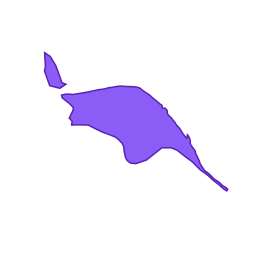 the district of Al Waqf, Qina, Egypt, rotated 51°
{"feature_id": "37247803B80470796626605", "entity_name": "Al Waqf", "entity_type": "district", "adm_level": 2, "iso_a3": "EGY", "parent_name": "Egypt", "parent_adm1": "Qina", "projection": "equal_earth", "projection_center": [32.474, 26.086], "detail": "fine", "context": "isolated", "style": "filled", "palette": "violet", "viewbox_px": 256, "rotation_deg": 51, "n_neighbors": 0, "source": "geoboundaries", "source_scale": "gbopen_adm2", "svg_char_len": 2083}
<svg xmlns="http://www.w3.org/2000/svg" viewBox="0 0 256 256"><g transform="rotate(51 128 128)"><path d="M238.3,89.0L238.0,89.0L237.9,89.1L236.9,89.2L236.1,89.4L234.6,89.8L233.0,90.4L231.7,90.8L230.9,91.0L230.4,91.0L229.9,91.0L229.1,91.0L228.3,91.2L227.6,91.3L226.9,91.5L225.6,91.9L224.4,92.3L224.2,92.4L223.5,92.7L222.4,93.0L221.5,93.3L221.0,93.3L220.7,93.3L219.5,93.4L218.4,93.5L217.3,93.6L217.0,93.6L216.0,93.7L214.7,93.9L213.9,94.1L213.3,94.2L212.3,94.3L211.9,94.5L211.1,94.8L210.4,95.1L209.9,95.1L209.5,95.1L208.2,95.2L204.9,94.9L201.0,94.4L198.9,93.5L196.4,92.8L194.6,92.5L193.9,92.1L191.1,91.6L189.2,90.9L188.5,90.4L187.0,90.1L184.1,90.0L181.0,89.9L179.0,89.2L177.4,87.8L174.5,86.6L172.5,86.1L170.8,86.1L170.7,86.1L171.5,87.0L172.6,87.9L172.8,88.9L171.0,88.9L166.4,88.9L160.9,88.1L156.5,88.4L156.5,88.5L153.0,88.0L149.6,88.1L147.2,87.9L145.2,88.4L143.6,88.4L141.8,88.4L141.7,88.4L140.9,87.9L139.7,86.9L138.6,86.5L137.3,86.5L136.1,86.6L135.2,87.5L134.7,88.5L133.7,88.6L131.8,87.3L131.2,87.5L129.7,88.0L126.0,88.6L122.0,89.5L120.0,89.9L116.2,90.4L110.5,92.2L107.1,93.2L104.7,93.5L101.9,95.3L100.4,96.7L100.2,96.9L97.7,99.6L95.7,102.0L93.5,104.5L90.5,107.6L88.6,110.7L86.6,114.4L84.6,117.5L82.8,121.8L79.5,127.1L75.3,135.5L72.1,141.4L69.6,145.7L67.2,149.9L65.3,151.7L63.4,154.0L62.1,155.8L60.6,159.0L63.3,160.1L67.8,159.1L72.3,158.1L76.7,157.7L77.9,157.7L79.6,159.6L80.3,160.9L82.1,164.8L83.4,167.5L85.6,167.3L87.3,167.2L89.0,168.4L89.1,169.1L90.3,169.9L93.2,165.9L100.6,157.1L106.1,154.7L114.9,150.6L118.2,148.6L121.4,146.7L126.9,143.6L130.8,142.6L136.4,142.2L140.3,143.2L142.7,145.1L144.0,145.8L145.0,146.3L149.6,148.6L153.0,149.1L156.8,148.1L160.6,144.4L164.5,133.9L164.7,114.1L170.5,106.9L176.5,103.7L186.0,101.6L194.7,99.3L205.8,98.2L215.2,95.7L222.7,94.6L226.5,93.7L228.9,93.1L231.3,92.7L232.4,92.6L235.7,91.9L239.0,90.9L238.9,90.3L238.6,89.6L238.3,89.0ZM37.6,159.3L45.9,162.2L54.3,155.9L54.9,148.7L51.3,150.8L47.2,149.4L43.1,147.9L34.2,144.9L23.5,143.4L17.0,145.4L25.2,151.3L28.2,153.4L31.1,157.0L37.6,159.3Z" fill="#8b5cf6" stroke="#5b21b6" stroke-width="1.5"/></g></svg>